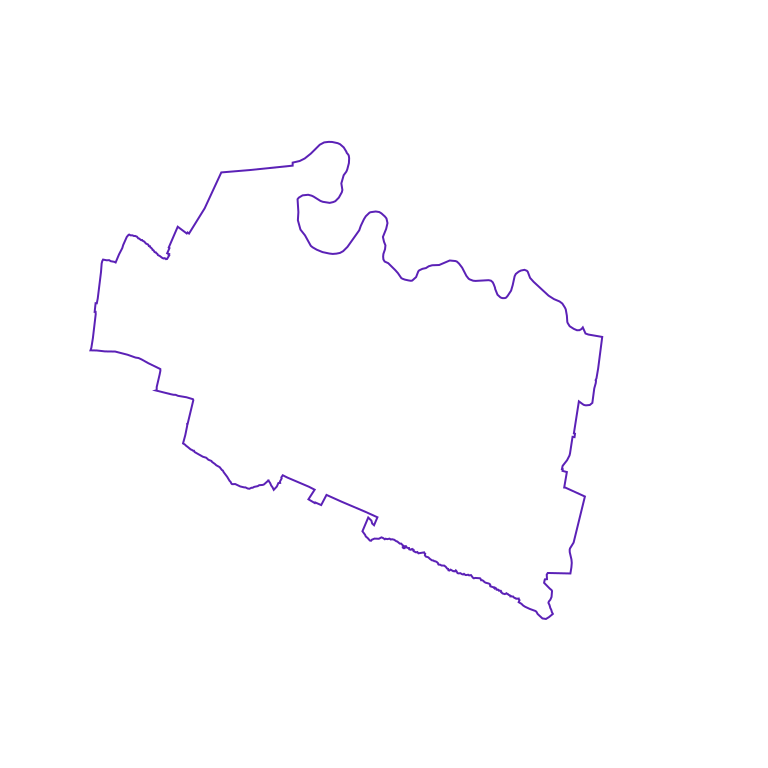 the district of Stefanesti, Botosani, Romania, rotated 317°
{"feature_id": "2599482B72313554695447", "entity_name": "Stefanesti", "entity_type": "district", "adm_level": 2, "iso_a3": "ROU", "parent_name": "Romania", "parent_adm1": "Botosani", "projection": "orthographic", "projection_center": [27.182, 47.784], "detail": "fine", "context": "isolated", "style": "outline", "palette": "violet", "viewbox_px": 768, "rotation_deg": 317, "n_neighbors": 0, "source": "geoboundaries", "source_scale": "gbopen_adm2", "svg_char_len": 6166}
<svg xmlns="http://www.w3.org/2000/svg" viewBox="0 0 768 768"><g transform="rotate(317 384 384)"><path d="M568.0,478.2L565.9,478.5L563.6,477.9L561.8,476.3L560.4,473.1L559.2,468.4L559.9,464.8L560.4,463.6L564.3,458.8L567.8,453.4L568.4,451.6L569.3,446.8L568.7,443.4L566.2,437.8L564.6,431.6L563.1,411.3L563.2,406.0L565.7,399.9L565.7,398.6L564.6,396.3L561.5,394.4L559.1,393.7L555.4,393.4L553.0,394.3L545.5,399.5L540.6,402.4L534.4,403.9L532.2,404.1L531.1,403.7L529.3,402.1L528.6,401.0L528.2,399.9L527.9,396.1L530.1,390.4L530.9,389.2L532.2,386.0L532.9,383.8L532.7,381.4L531.3,379.4L521.2,371.0L519.6,369.2L518.0,365.9L517.7,364.7L518.0,361.1L520.5,352.2L521.0,347.1L520.8,344.2L520.1,342.8L516.3,338.5L505.5,334.6L500.2,330.0L497.0,328.4L493.7,327.8L490.7,326.0L487.3,324.9L485.9,325.0L480.4,327.7L475.2,327.6L474.1,326.9L472.6,325.0L470.4,321.8L469.3,319.6L468.9,318.3L469.8,312.4L469.9,308.4L469.5,298.5L468.0,294.9L468.5,292.5L470.2,290.3L472.2,288.5L476.7,286.1L479.6,283.6L481.0,280.0L483.5,275.7L491.4,272.0L496.3,268.7L498.7,264.6L498.9,262.1L498.5,257.5L497.8,255.0L495.6,252.2L491.5,249.3L490.3,248.8L485.1,248.9L481.7,249.8L474.9,252.5L470.7,254.7L450.8,258.8L444.7,259.0L441.2,258.1L438.1,256.2L435.2,253.9L433.0,251.3L429.0,245.6L426.4,239.9L425.0,235.3L424.7,233.0L427.6,221.4L428.2,214.1L432.7,205.5L438.6,199.9L446.8,189.9L448.8,189.6L453.1,190.5L457.6,193.9L459.5,196.9L460.3,198.9L462.4,206.8L463.5,209.0L467.8,214.5L470.9,216.3L473.1,217.1L478.1,216.9L483.9,215.0L485.9,213.7L489.6,208.2L496.9,203.8L501.3,203.0L503.5,202.0L509.0,198.5L512.5,195.1L513.9,193.1L514.3,191.9L514.4,189.5L514.9,188.4L515.9,183.5L515.4,178.7L514.4,176.3L511.2,171.7L508.7,169.2L505.0,166.5L500.2,165.2L487.6,165.6L479.8,165.0L474.4,163.4L468.2,159.8L466.1,162.0L431.5,135.8L409.3,118.3L372.7,133.2L344.0,141.0L343.7,139.2L342.4,139.4L340.4,128.3L319.6,137.4L319.8,138.3L314.6,140.5L315.5,142.3L314.6,142.6L314.8,143.4L310.6,144.6L309.7,144.0L309.8,143.2L309.1,142.1L308.6,142.1L307.9,140.9L307.3,137.4L306.6,135.5L307.0,134.2L306.7,133.1L306.9,132.2L306.2,131.1L306.6,129.1L306.2,128.1L306.5,127.7L306.6,125.7L306.3,124.8L306.8,123.6L306.1,122.8L306.6,121.2L305.7,118.9L305.8,116.3L305.1,114.4L305.3,113.8L304.5,113.1L304.0,110.3L303.6,109.9L303.8,107.8L302.9,105.9L302.1,105.3L301.4,103.7L300.0,102.4L299.6,101.0L299.0,100.7L296.2,101.0L288.0,104.5L285.3,106.1L278.6,108.5L270.6,112.1L270.0,110.6L267.9,107.8L267.5,106.1L265.4,104.2L263.4,101.4L261.7,102.0L259.7,103.3L253.4,109.1L233.0,126.2L229.0,129.1L228.2,128.2L221.6,133.9L222.3,134.5L220.8,136.3L202.4,151.9L194.7,157.9L192.3,159.2L196.8,163.6L202.2,169.9L209.5,176.9L216.4,187.7L220.3,195.2L222.2,197.6L223.5,200.8L225.8,208.0L230.6,220.5L229.5,221.8L226.3,224.1L215.7,231.2L214.0,233.0L213.3,233.4L212.7,233.1L221.2,246.2L222.7,248.3L224.2,249.8L225.3,252.2L230.5,259.0L233.9,264.8L233.5,265.8L215.5,277.7L213.1,279.3L212.8,279.0L211.6,280.3L203.9,285.8L196.5,290.4L197.1,292.5L197.2,294.9L197.4,295.3L198.0,300.0L198.5,301.0L198.9,302.7L199.5,303.2L199.1,304.6L201.9,313.6L203.7,316.7L203.9,319.6L205.3,322.6L205.1,323.7L205.8,327.2L205.9,329.0L207.1,332.7L206.8,336.4L207.1,337.4L206.6,339.2L206.0,344.9L205.0,349.6L205.1,350.7L204.5,352.8L204.6,353.6L207.0,355.8L209.0,360.9L211.2,364.2L212.2,365.2L213.0,367.4L214.1,368.8L216.3,369.5L217.2,370.3L218.9,370.7L222.0,372.6L223.7,372.9L226.5,375.1L227.7,375.6L233.4,375.7L234.4,375.2L233.6,376.0L233.2,378.8L232.3,381.2L232.0,383.6L231.2,386.2L235.7,385.9L239.2,384.4L240.6,385.5L241.3,384.4L244.7,383.3L245.2,382.3L247.7,381.7L249.6,386.7L259.0,407.9L261.2,414.0L250.1,416.8L252.2,423.9L252.9,423.7L255.5,429.7L266.3,425.9L272.7,441.1L283.3,465.0L288.3,477.0L280.4,480.5L280.2,478.0L281.6,475.3L281.4,470.9L267.8,477.0L267.3,481.4L266.7,483.1L267.0,485.5L266.9,488.8L267.6,489.8L268.9,489.6L271.6,490.6L274.7,493.7L277.5,494.4L278.2,495.8L278.7,498.1L279.6,498.2L280.6,499.7L282.6,500.9L282.9,502.4L284.0,503.0L285.2,504.8L285.8,507.5L286.3,508.2L286.7,511.5L287.7,512.4L287.7,514.7L288.2,516.5L286.4,516.1L286.2,516.4L286.4,517.5L287.1,518.1L288.1,517.3L289.3,517.4L289.5,517.7L289.0,518.7L289.8,520.5L290.4,521.0L289.7,522.1L290.5,523.4L291.4,523.5L291.6,524.2L292.3,524.3L292.1,525.0L292.4,525.8L291.7,526.2L291.7,526.6L292.6,529.0L293.8,529.6L293.7,531.3L298.5,534.5L298.2,535.1L298.4,536.2L297.1,537.1L296.9,538.7L298.2,541.0L298.3,543.1L298.8,545.6L299.8,546.9L299.9,547.8L300.7,548.8L301.2,550.2L301.3,551.9L300.7,553.0L300.8,553.4L301.8,554.4L302.3,556.0L304.2,557.9L304.5,559.9L304.3,562.1L304.8,563.0L304.1,564.2L304.7,565.1L306.1,565.2L307.0,568.2L307.6,568.5L307.8,569.1L308.2,569.5L309.4,569.3L309.4,570.1L308.8,572.5L309.5,573.5L310.8,574.4L311.4,576.4L312.0,577.3L313.0,577.4L313.3,579.2L313.8,579.8L315.5,580.9L315.7,582.0L317.3,583.1L316.9,586.2L317.2,587.4L318.4,588.0L321.7,591.5L321.8,592.0L321.2,593.8L321.9,594.3L322.4,595.7L322.4,597.3L322.8,598.6L324.5,601.3L324.9,602.4L324.6,603.6L324.0,603.9L323.8,604.5L325.3,607.1L325.4,608.1L325.7,607.6L326.1,608.1L326.6,609.9L326.3,611.7L327.2,612.2L327.4,612.8L327.1,613.6L328.4,614.9L328.3,615.6L327.7,616.0L327.9,618.1L329.1,620.1L330.9,620.6L330.9,621.5L331.4,622.4L331.3,623.1L331.9,624.4L331.6,625.4L332.2,625.5L332.6,626.7L333.5,627.5L333.4,628.8L333.8,630.0L334.2,630.4L334.2,631.2L336.2,632.8L335.7,633.4L335.7,634.5L333.7,635.4L334.6,638.5L334.7,640.9L335.3,643.2L337.2,647.9L340.0,653.4L340.1,654.6L339.5,657.1L340.0,663.5L342.2,666.3L345.7,667.0L350.7,667.3L351.2,665.4L352.4,663.0L352.8,661.4L354.3,658.5L355.0,656.2L356.2,655.5L358.5,655.2L361.3,654.0L365.7,650.0L366.0,648.9L365.7,646.7L365.5,638.6L367.4,637.2L368.4,636.6L370.1,637.9L373.0,634.4L374.9,633.9L391.1,649.7L396.0,645.9L399.3,642.9L401.4,640.2L405.2,633.6L406.8,631.8L407.9,631.1L414.5,629.3L454.2,603.3L446.0,583.5L445.2,582.6L457.7,573.1L455.3,569.3L456.6,568.2L456.1,567.6L458.8,565.7L465.9,564.6L470.9,562.8L472.6,561.7L485.9,551.2L487.1,552.8L489.8,550.6L489.2,549.6L514.7,529.6L515.6,534.5L516.0,535.8L517.1,537.3L520.2,539.7L523.5,539.9L534.8,530.6L539.4,527.8L541.3,526.2L541.4,525.5L543.2,524.8L551.2,518.7L575.7,498.4L567.2,487.2L565.8,484.5L568.0,478.2Z" fill="none" stroke="#5b21b6" stroke-width="2"/></g></svg>